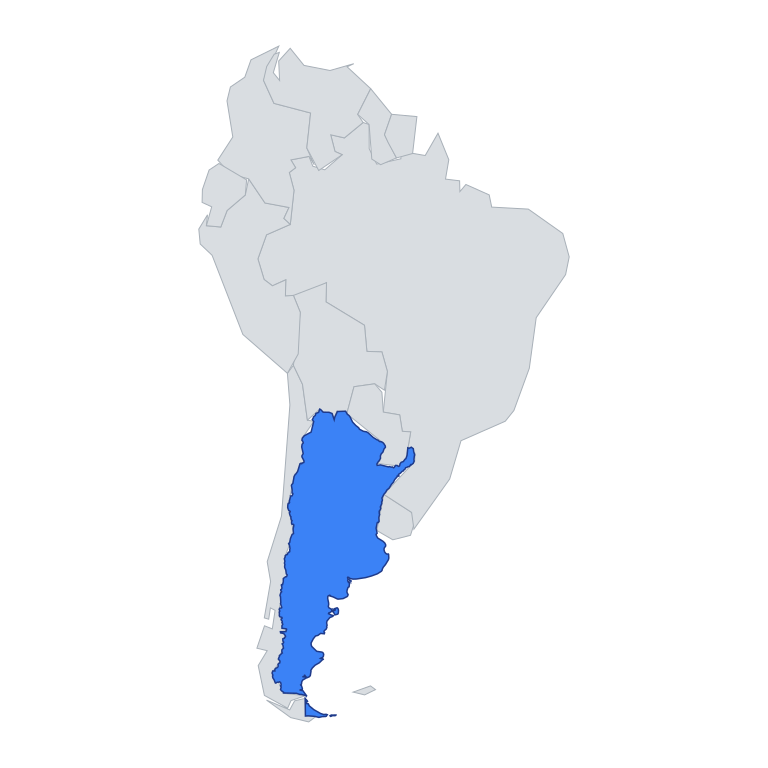 Argentina highlighted on a map of South America
{"feature_id": "ARG", "entity_name": "Argentina", "entity_type": "country or territory", "adm_level": 0, "iso_a3": "ARG", "parent_name": "South America", "parent_adm1": "", "projection": "equal_earth", "projection_center": [-65.46, -38.417], "detail": "fine", "context": "in_parent", "style": "filled", "palette": "blue", "viewbox_px": 768, "rotation_deg": 0, "n_neighbors": 12, "source": "natural_earth", "source_scale": "50m", "svg_char_len": 9825}
<svg xmlns="http://www.w3.org/2000/svg" viewBox="0 0 768 768"><path d="M305.2,698.4L305.6,716.2L316.1,716.4L308.7,721.9L290.7,717.6L266.5,700.1L289.7,709.9L294.7,700.8L305.2,698.4ZM293.4,365.3L302.5,384.3L307.4,420.2L313.9,421.3L303.0,437.0L304.1,461.2L294.1,476.8L288.0,505.7L293.8,533.3L284.8,557.0L287.4,574.9L279.0,609.1L286.2,631.8L279.8,661.9L273.0,671.1L283.9,693.4L305.5,695.7L291.0,700.6L287.6,708.2L264.4,695.4L258.2,665.6L267.2,650.7L256.9,648.2L264.5,625.8L272.3,628.9L275.1,610.3L270.4,607.9L268.7,619.2L264.3,617.9L270.6,581.5L267.2,561.7L281.5,516.1L289.9,404.9L287.4,373.3L293.4,365.3Z" fill="#d9dde1" stroke="#a8b0b8" stroke-width="1"/><path d="M353.1,692.1L370.5,685.9L375.5,689.6L364.6,694.9L353.1,692.1Z" fill="#d9dde1" stroke="#a8b0b8" stroke-width="1"/><path d="M383.8,494.4L411.6,512.4L415.6,519.1L410.5,535.3L392.8,539.8L376.9,530.6L383.8,494.4Z" fill="#d9dde1" stroke="#a8b0b8" stroke-width="1"/><path d="M413.9,529.2L411.6,512.4L383.8,494.4L414.7,461.4L415.1,453.3L407.7,449.4L410.7,431.9L402.3,431.3L399.7,414.9L383.3,412.1L387.4,371.5L381.9,351.9L366.9,351.4L364.5,325.3L326.0,301.9L326.5,282.7L303.4,296.0L285.4,296.0L285.8,279.8L272.4,285.8L264.1,279.5L257.9,258.9L266.5,234.8L290.3,224.4L294.0,190.3L289.3,172.5L295.6,167.7L290.9,159.9L309.0,156.4L312.8,166.2L324.8,169.8L342.2,154.7L335.0,151.5L330.7,134.8L344.4,137.9L363.1,122.5L369.1,124.5L369.2,148.7L376.7,164.1L400.9,158.8L401.0,151.4L425.2,155.5L438.0,133.2L448.8,159.7L445.5,179.1L459.6,180.8L459.9,191.6L465.9,184.5L489.2,194.9L491.7,207.1L528.3,209.1L562.8,233.5L569.2,256.9L565.6,274.6L536.2,317.7L529.3,368.3L513.9,410.5L505.3,421.2L461.0,440.7L449.7,479.0L413.9,529.2Z" fill="#d9dde1" stroke="#a8b0b8" stroke-width="1"/><path d="M293.4,295.4L326.5,282.7L326.0,301.9L364.5,325.3L366.9,351.4L381.9,351.9L387.4,371.5L384.4,390.2L374.7,383.8L354.0,386.7L346.8,413.7L336.9,411.1L333.8,419.4L319.3,409.5L307.4,420.2L302.5,384.3L293.4,365.3L300.3,312.4L293.4,295.4Z" fill="#d9dde1" stroke="#a8b0b8" stroke-width="1"/><path d="M290.3,224.4L266.5,234.8L257.9,258.9L264.1,279.5L272.4,285.8L285.8,279.8L285.4,296.0L293.4,295.4L300.3,312.4L298.2,354.0L287.4,373.3L242.9,334.5L212.1,255.3L200.2,244.0L198.8,229.1L207.5,214.8L206.4,225.7L220.8,227.0L227.1,210.5L245.3,195.0L248.7,178.9L265.0,203.0L289.0,207.5L283.9,218.4L290.3,224.4Z" fill="#d9dde1" stroke="#a8b0b8" stroke-width="1"/><path d="M314.3,164.8L309.0,156.4L290.9,159.9L295.6,167.7L289.3,172.5L294.0,190.3L290.3,224.4L283.9,218.4L289.0,207.5L265.0,203.0L248.7,178.9L230.3,174.0L217.8,160.1L232.8,137.0L227.0,100.9L230.4,87.0L244.8,77.2L251.0,59.8L278.8,46.1L263.5,80.3L274.0,103.4L310.6,113.0L306.8,148.0L314.3,164.8Z" fill="#d9dde1" stroke="#a8b0b8" stroke-width="1"/><path d="M363.1,122.5L344.4,137.9L330.7,134.8L335.0,151.5L342.2,154.7L318.7,170.5L306.8,148.0L310.6,113.0L274.0,103.4L263.5,80.3L266.7,66.5L274.2,54.2L279.3,52.4L273.3,72.7L279.6,80.5L278.7,61.0L290.2,48.3L304.0,65.4L330.0,70.5L353.8,63.7L347.1,66.8L370.7,88.7L357.7,114.4L363.1,122.5Z" fill="#d9dde1" stroke="#a8b0b8" stroke-width="1"/><path d="M396.5,157.9L380.6,164.7L371.8,159.1L369.1,124.5L357.7,114.4L370.7,88.7L391.6,114.3L384.5,134.7L396.5,157.9Z" fill="#d9dde1" stroke="#a8b0b8" stroke-width="1"/><path d="M412.6,153.5L396.5,157.9L388.1,142.5L384.5,134.7L391.6,114.3L416.9,116.6L412.6,153.5Z" fill="#d9dde1" stroke="#a8b0b8" stroke-width="1"/><path d="M246.6,179.9L245.3,195.0L227.1,210.5L220.8,227.0L206.4,225.7L211.7,206.8L202.1,202.4L202.4,189.6L209.1,170.0L218.9,163.5L246.6,179.9Z" fill="#d9dde1" stroke="#a8b0b8" stroke-width="1"/><path d="M381.9,392.3L383.3,412.1L399.7,414.9L402.3,431.3L410.7,431.9L406.2,458.4L399.1,466.1L377.1,463.4L383.9,443.6L346.8,413.7L354.0,386.7L374.7,383.8L381.9,392.3Z" fill="#d9dde1" stroke="#a8b0b8" stroke-width="1"/><path d="M384.0,494.1L381.9,498.1L382.3,499.3L382.3,500.7L381.6,501.9L381.8,503.1L381.6,504.0L380.3,507.0L380.8,508.2L380.3,509.7L379.2,511.2L379.3,513.8L379.6,514.4L378.8,517.5L379.1,521.3L378.4,522.5L377.5,522.4L377.2,522.8L376.1,528.2L377.1,533.3L376.1,534.3L376.5,535.9L377.8,538.1L383.0,541.3L384.7,542.9L385.6,544.6L385.7,546.0L384.2,548.1L384.0,549.8L384.7,552.1L386.0,553.6L387.0,554.1L388.4,554.0L388.6,554.4L388.8,557.7L388.7,558.8L388.3,559.9L385.5,564.5L383.2,567.3L382.4,568.9L382.0,570.5L381.3,571.3L377.4,573.8L371.4,576.0L365.6,577.6L356.4,579.0L352.9,579.1L351.2,578.7L349.6,578.3L348.8,577.4L347.8,577.2L347.5,577.7L348.0,579.0L347.7,580.5L348.0,581.4L349.7,582.6L348.8,582.6L349.5,583.4L349.1,586.8L348.0,587.4L347.1,590.2L346.9,591.7L347.1,592.7L348.1,594.6L347.7,595.9L347.1,596.6L343.1,598.6L338.4,599.1L337.4,599.0L333.1,596.9L329.8,595.9L330.1,595.4L329.7,595.2L328.3,595.8L327.8,596.5L327.7,598.6L328.6,602.8L328.7,604.5L328.3,606.5L328.8,607.7L331.4,609.2L332.0,609.1L331.7,610.0L331.7,610.6L332.8,610.7L335.0,610.4L335.3,609.2L333.9,609.1L334.1,608.8L337.1,607.8L337.9,608.5L338.3,609.4L338.5,610.5L338.3,613.1L337.8,614.1L335.4,614.8L334.8,614.6L333.4,612.0L332.3,611.5L331.2,611.6L330.0,612.5L328.9,612.8L328.5,613.7L331.3,615.0L333.4,615.6L332.7,616.4L329.8,617.6L327.0,621.0L326.6,622.9L327.1,625.3L326.6,626.3L326.9,627.3L326.2,629.1L324.3,630.7L323.9,631.9L324.6,632.6L324.3,633.8L320.6,633.4L317.9,635.4L315.5,636.0L313.3,638.8L311.1,643.0L311.2,644.9L311.7,646.4L316.7,651.3L321.9,652.1L322.9,652.6L323.7,654.2L323.4,656.2L322.7,657.3L320.4,658.4L320.8,658.6L322.4,658.4L322.8,658.6L323.2,659.4L322.5,659.7L319.3,662.8L315.1,665.2L312.3,668.0L310.8,670.5L311.0,671.3L310.3,675.6L309.4,676.7L307.2,677.7L305.7,676.6L304.4,674.7L304.6,675.6L304.5,676.2L302.4,676.8L304.9,676.9L306.1,678.1L302.8,680.0L301.8,681.6L301.5,684.0L300.2,685.3L301.2,685.0L302.1,687.6L302.4,688.8L302.2,689.6L299.6,689.9L301.4,690.5L302.4,690.3L302.8,690.6L306.6,695.8L306.3,696.2L306.2,695.6L301.4,694.4L299.6,694.4L296.5,693.3L283.5,693.0L283.6,692.3L281.5,690.8L280.5,689.5L281.1,687.5L281.1,686.9L280.5,685.9L281.0,685.4L281.1,684.3L280.6,682.5L279.5,681.8L278.8,682.2L277.2,682.2L275.8,683.1L275.3,682.9L274.1,679.8L272.8,677.8L272.5,676.0L272.9,675.1L272.1,673.3L272.2,672.3L272.6,671.7L272.7,671.0L274.9,670.9L274.7,670.0L275.4,668.5L277.4,667.5L278.1,666.6L278.2,665.5L278.0,664.3L278.7,663.4L279.7,663.0L280.0,661.8L279.8,660.8L279.2,660.0L278.5,659.6L278.4,658.8L279.5,656.2L279.4,655.5L281.0,654.2L281.4,653.3L282.3,653.0L281.8,651.4L281.9,649.8L283.5,648.2L283.0,645.3L282.1,643.9L283.4,642.9L283.7,642.1L282.9,641.1L282.8,638.8L283.2,638.5L284.4,638.3L284.5,637.6L285.5,636.7L285.4,635.8L283.7,633.5L280.6,632.9L280.4,631.7L285.9,631.6L286.5,629.8L286.6,629.2L286.1,628.8L282.0,628.3L281.9,625.8L282.8,624.2L281.9,622.6L282.3,622.2L282.2,621.2L281.1,619.8L281.1,619.0L282.0,618.5L282.1,618.0L281.9,617.4L279.9,616.8L279.3,615.8L279.4,613.8L279.2,612.0L279.8,611.1L279.2,609.5L279.3,609.1L279.9,608.1L281.0,608.1L281.7,607.7L281.7,607.2L280.5,603.6L280.8,602.8L280.5,596.7L280.0,595.7L280.1,594.8L280.9,592.5L281.6,591.9L281.6,591.5L280.9,590.7L280.7,590.0L280.8,589.6L281.5,589.3L281.8,588.6L281.9,587.4L281.3,585.0L281.7,584.6L282.5,584.7L283.3,581.8L283.3,578.5L285.5,576.8L286.5,576.7L287.1,575.4L287.2,574.8L286.3,573.9L285.8,570.1L284.7,567.5L284.6,566.2L284.9,564.5L284.4,563.1L284.9,561.3L284.3,558.8L285.2,556.9L285.2,555.7L286.3,554.7L287.4,554.5L287.6,553.4L288.7,552.1L289.5,552.0L289.8,551.3L289.7,549.6L290.0,548.5L289.6,546.2L289.2,544.3L288.8,544.1L288.6,543.5L289.7,542.5L290.4,538.6L292.1,534.4L293.5,533.6L293.1,528.9L293.8,525.6L293.6,524.5L293.0,524.2L292.1,524.4L291.6,523.7L291.5,522.0L292.0,520.6L291.3,519.9L290.9,518.1L290.9,516.6L290.4,516.2L289.5,513.7L289.4,512.4L289.9,512.3L290.2,511.5L289.6,510.8L288.7,510.4L287.7,507.7L287.8,505.2L288.1,503.6L288.4,503.2L289.0,503.3L289.6,502.3L289.3,501.2L290.6,496.6L290.5,496.0L292.1,495.8L292.9,493.9L292.8,493.4L292.0,493.0L292.2,489.9L291.4,485.5L291.7,484.7L292.9,483.3L294.1,476.4L295.3,474.3L295.7,474.2L297.6,471.5L300.0,463.7L301.0,463.2L301.5,463.7L301.9,463.6L302.3,463.0L303.8,462.5L304.0,461.9L304.0,460.9L301.9,456.8L302.0,455.6L303.2,453.6L301.7,446.9L302.1,444.3L303.3,442.9L302.7,441.2L301.9,440.3L302.3,438.1L304.3,435.7L311.1,432.1L313.7,421.5L312.3,419.6L313.3,417.9L313.5,416.9L315.3,415.4L315.9,413.4L318.6,412.4L319.7,409.1L320.6,409.5L323.2,412.2L329.1,412.3L332.1,413.5L334.2,419.7L334.7,417.4L337.4,411.5L345.6,411.2L347.3,414.2L349.2,415.7L350.4,417.5L352.6,422.1L355.8,425.5L358.0,427.2L359.0,428.2L359.4,429.2L363.4,431.3L366.4,431.8L368.0,432.7L373.3,437.5L376.8,439.7L378.3,440.3L379.5,441.5L381.2,441.7L382.6,442.4L383.6,443.3L384.9,445.3L385.3,446.0L385.4,447.3L384.0,449.0L382.9,452.1L381.2,453.9L380.4,455.9L380.5,458.4L379.3,460.4L379.4,460.7L378.5,461.4L377.1,463.5L376.9,464.2L377.2,465.4L380.5,464.9L388.4,466.9L389.4,466.6L391.4,467.2L392.2,466.9L393.5,467.8L394.0,467.6L395.6,465.4L397.2,465.5L398.4,466.4L398.9,466.4L399.6,465.8L400.1,463.7L401.2,462.3L403.4,461.5L405.0,459.2L405.9,458.7L407.1,455.2L407.8,447.8L409.1,448.3L411.3,447.2L413.3,448.7L413.7,451.7L414.7,455.0L414.4,455.6L413.9,459.6L414.2,461.0L413.2,463.4L411.0,465.0L410.7,464.7L409.4,466.5L407.7,466.8L406.8,467.5L405.6,467.7L404.9,469.3L403.9,469.9L403.4,470.9L402.3,471.2L400.5,473.1L398.6,474.3L398.4,474.8L398.8,475.3L398.8,476.1L397.3,476.0L397.2,476.7L394.7,479.6L393.4,482.2L391.5,484.3L389.1,488.2L386.9,490.0L385.5,492.5L384.0,494.1ZM305.4,716.0L305.2,698.6L307.1,700.6L307.8,702.0L307.2,701.5L306.5,701.8L306.0,702.8L306.2,703.5L308.3,703.8L309.3,705.9L313.9,709.7L320.6,713.5L323.7,714.5L326.1,714.3L327.3,714.7L326.3,716.2L325.5,716.5L322.4,716.6L318.9,717.4L315.0,716.4L308.2,715.8L305.4,716.0ZM331.3,715.0L332.0,715.1L335.9,715.0L335.8,715.4L334.9,715.7L332.7,715.6L330.7,716.4L330.0,715.8L331.3,715.0ZM351.0,580.7L351.0,581.3L350.7,581.2L349.8,580.7L349.4,579.9L351.0,580.7Z" fill="#3b82f6" stroke="#1e3a8a" stroke-width="1.5"/></svg>